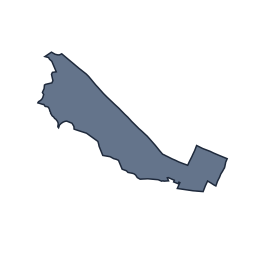 La-nkwantanang-madina, Greater Accra, Ghana (Natural Earth projection), rotated 293°
{"feature_id": "2480657B60779202001283", "entity_name": "La-nkwantanang-madina", "entity_type": "district", "adm_level": 2, "iso_a3": "GHA", "parent_name": "Ghana", "parent_adm1": "Greater Accra", "projection": "natural_earth1", "projection_center": [-0.168, 5.741], "detail": "fine", "context": "isolated", "style": "filled", "palette": "slate", "viewbox_px": 256, "rotation_deg": 293, "n_neighbors": 0, "source": "geoboundaries", "source_scale": "gbopen_adm2", "svg_char_len": 2376}
<svg xmlns="http://www.w3.org/2000/svg" viewBox="0 0 256 256"><g transform="rotate(293 128 128)"><path d="M163.8,59.5L170.4,38.0L168.6,36.4L167.9,34.9L167.4,32.1L167.9,27.9L161.3,23.6L161.8,27.4L160.7,28.8L160.4,29.6L159.6,31.8L151.7,40.0L149.7,36.7L147.5,36.6L142.2,40.4L139.8,40.3L136.0,35.1L134.9,34.3L132.4,35.1L131.5,35.4L127.3,35.3L125.9,37.3L123.0,37.6L122.2,37.6L121.4,37.5L120.6,37.3L119.2,36.7L118.6,36.3L117.7,35.6L117.0,35.3L116.4,35.2L116.2,35.2L115.9,35.2L116.2,37.7L116.4,40.2L116.6,40.7L116.8,41.2L116.2,42.2L115.6,43.1L115.6,43.4L115.6,43.7L115.6,43.8L116.0,44.9L116.0,45.0L116.0,45.3L116.1,45.7L115.9,46.5L115.6,47.1L114.6,48.3L113.8,48.9L113.0,49.5L112.1,50.7L111.6,50.9L111.2,51.1L110.9,51.6L110.6,52.1L109.7,53.2L109.3,54.2L109.2,55.0L108.7,55.9L108.1,56.7L107.9,58.1L107.6,58.6L106.8,60.1L105.7,61.4L104.9,61.9L104.3,62.2L103.6,62.4L102.0,62.8L101.8,63.0L101.5,63.2L101.1,64.0L103.9,63.8L104.7,64.1L106.1,64.7L108.1,66.0L109.4,67.3L110.4,68.9L110.5,74.6L108.3,77.6L105.9,78.8L106.1,81.7L107.0,91.9L103.9,105.5L101.8,107.2L99.8,108.6L92.9,115.5L94.6,122.8L94.2,126.8L94.6,129.6L94.5,131.9L87.8,138.7L88.0,143.3L87.1,145.3L88.0,149.6L88.2,151.4L87.7,153.4L86.0,155.9L85.6,159.1L89.0,166.1L92.2,176.0L92.2,179.7L93.1,180.9L93.1,181.8L95.2,186.0L97.5,183.6L98.1,184.4L98.0,191.1L96.2,191.1L96.3,195.8L98.0,196.0L98.0,197.1L91.6,197.0L95.6,212.3L98.8,222.0L102.5,221.9L104.9,221.8L110.3,222.0L110.2,222.6L109.8,225.7L109.2,229.1L109.1,229.8L109.0,231.5L114.0,231.2L118.5,231.5L121.9,231.4L124.9,231.9L125.9,232.0L128.7,232.3L128.8,232.4L129.2,232.3L129.7,232.3L130.0,232.3L130.3,232.2L132.8,231.7L133.8,231.5L134.5,231.3L135.6,231.3L138.5,231.3L138.4,223.7L138.4,222.4L138.4,217.4L138.4,216.8L138.6,212.5L138.3,204.8L138.7,198.0L133.1,198.2L128.6,198.0L128.4,198.0L126.9,198.0L120.9,197.6L117.0,197.5L116.9,194.9L116.8,193.4L116.7,191.0L116.6,187.8L116.8,184.3L116.8,180.9L117.2,174.6L117.2,173.7L117.3,172.9L117.4,171.6L117.4,170.7L117.4,170.1L119.5,165.9L122.7,159.9L126.4,152.2L128.1,148.6L128.6,147.1L130.4,142.2L131.0,140.4L131.7,138.2L132.3,136.8L132.7,135.8L135.6,128.5L136.2,127.3L137.4,124.6L137.8,123.8L139.4,119.5L140.7,116.4L141.4,114.7L142.6,111.9L144.6,106.3L145.9,102.9L148.4,96.2L150.2,91.8L152.5,86.9L153.6,84.6L154.9,81.7L156.8,78.0L160.1,71.6L161.4,68.4L162.8,63.2L163.8,59.5Z" fill="#64748b" stroke="#1e293b" stroke-width="1.5"/></g></svg>